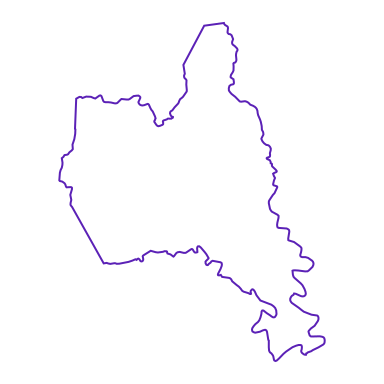 Humuya, Comayagua, Honduras, rotated 90°
{"feature_id": "27666195B63492556097189", "entity_name": "Humuya", "entity_type": "district", "adm_level": 2, "iso_a3": "HND", "parent_name": "Honduras", "parent_adm1": "Comayagua", "projection": "albers", "projection_center": [-87.701, 14.223], "detail": "fine", "context": "isolated", "style": "outline", "palette": "violet", "viewbox_px": 384, "rotation_deg": 90, "n_neighbors": 0, "source": "geoboundaries", "source_scale": "gbopen_adm2", "svg_char_len": 5982}
<svg xmlns="http://www.w3.org/2000/svg" viewBox="0 0 384 384"><g transform="rotate(90 192 192)"><path d="M263.4,280.3L262.9,277.3L263.5,275.7L263.9,273.7L263.2,269.6L263.3,268.5L263.8,267.3L263.7,264.7L261.9,255.5L260.6,251.6L259.3,248.6L259.9,247.4L258.9,246.6L258.6,245.6L259.3,244.6L261.1,243.5L261.4,242.8L261.4,242.1L260.9,241.3L259.9,240.8L258.9,240.8L256.3,241.3L255.7,241.0L255.1,240.2L250.8,233.3L252.2,228.3L252.5,226.1L251.8,221.0L251.2,219.5L251.3,217.4L251.6,217.0L252.6,216.9L253.5,216.5L254.4,213.5L256.6,210.6L256.3,210.1L253.1,207.7L252.3,206.5L251.9,204.3L252.9,200.2L252.9,198.7L252.6,197.9L249.3,193.0L249.0,192.2L249.1,191.8L249.6,191.2L251.5,190.1L252.4,189.3L252.6,188.3L252.3,186.9L252.1,186.6L251.8,186.6L248.4,186.9L247.2,186.7L246.3,186.0L246.3,184.7L247.6,183.1L252.2,179.2L254.3,177.6L258.1,175.4L258.6,175.6L261.1,178.1L261.7,178.5L263.4,178.4L264.8,177.6L265.1,176.8L265.0,176.1L263.9,175.2L262.7,173.5L261.4,172.6L260.8,171.4L262.3,163.4L263.0,162.4L264.3,162.1L265.9,162.3L268.8,163.4L273.7,165.9L274.7,166.1L275.2,165.9L275.4,164.9L274.9,163.2L276.9,161.9L277.9,154.9L278.3,153.9L279.3,152.8L281.3,151.8L285.0,147.4L286.7,145.1L288.7,143.3L290.8,141.8L291.7,140.3L293.1,135.7L294.0,134.0L294.0,133.3L293.8,133.0L291.5,133.4L290.8,133.2L289.5,132.1L289.3,131.5L289.5,130.9L290.1,130.2L291.5,129.2L295.3,127.5L300.5,123.6L304.7,112.6L306.3,110.4L308.0,108.8L310.4,107.8L313.9,107.5L314.8,107.7L316.2,108.5L317.0,109.1L317.3,109.8L317.3,110.9L316.5,112.4L315.3,113.9L313.1,117.3L310.7,120.3L310.4,121.1L310.6,121.9L311.5,122.4L313.9,122.6L317.3,123.5L320.3,124.7L322.0,126.0L324.2,128.7L326.2,130.4L328.2,131.7L329.5,132.0L330.8,131.8L331.5,131.5L332.2,130.3L332.7,128.8L331.7,124.0L330.4,121.2L329.9,119.5L329.9,118.4L330.5,117.6L331.8,117.0L339.9,115.7L340.5,115.2L347.3,115.2L350.7,114.9L352.3,114.1L353.4,112.6L355.4,111.1L356.4,110.7L359.9,110.0L360.6,109.5L361.0,108.4L360.5,107.2L358.5,105.0L353.8,100.5L351.5,97.8L347.2,91.5L345.7,87.9L345.0,85.4L345.0,83.5L345.3,82.6L346.2,82.2L347.3,82.1L349.3,82.3L350.9,82.8L351.8,82.7L353.0,81.9L354.1,80.5L354.6,79.6L354.8,78.1L353.5,77.8L353.3,77.1L352.5,76.4L351.2,72.8L350.1,71.2L347.4,65.6L344.5,60.7L343.5,59.8L342.2,59.4L340.0,59.3L338.3,59.7L337.3,60.5L336.7,62.0L336.3,64.2L336.5,72.3L336.4,73.2L335.5,74.3L332.5,75.3L331.4,75.5L330.7,75.1L328.5,73.1L325.8,69.4L321.1,66.2L319.6,65.6L318.2,65.5L317.2,65.6L316.0,66.2L315.5,66.9L314.7,72.5L311.7,80.2L309.9,82.6L307.8,85.2L302.9,92.2L301.9,93.0L300.6,93.7L298.9,93.8L297.3,93.2L295.9,92.2L294.8,90.5L293.5,89.9L293.8,88.2L296.1,83.1L296.4,81.7L296.3,80.3L295.7,79.2L294.9,78.5L293.8,78.2L291.8,78.5L289.0,79.5L285.3,81.5L283.5,83.1L277.9,89.5L276.7,90.5L274.7,91.1L270.7,91.5L270.4,90.8L270.3,89.2L270.5,85.8L271.4,78.9L271.3,76.4L270.4,75.1L266.9,71.5L264.8,70.6L263.2,70.5L261.8,71.0L260.7,71.9L257.9,75.9L257.1,78.6L257.1,81.9L256.8,82.8L256.4,83.4L255.1,83.8L252.4,83.0L250.4,82.6L248.6,82.5L247.7,82.7L246.5,83.8L242.0,90.0L240.5,95.0L240.1,95.7L238.6,95.8L231.7,94.7L230.2,94.9L229.4,95.6L228.5,97.3L227.9,105.3L227.4,106.4L226.2,106.8L224.7,106.9L222.5,106.6L217.9,105.5L215.9,105.4L214.8,106.4L211.7,112.1L210.5,113.1L208.9,114.0L203.1,115.2L201.2,115.1L199.7,114.3L194.9,111.1L193.2,109.5L187.4,106.8L186.7,106.8L186.3,107.1L185.3,110.3L184.9,110.7L184.2,110.9L180.4,110.0L178.0,109.0L176.0,110.1L173.7,110.9L173.1,110.1L172.1,107.8L171.6,107.3L171.0,107.3L169.7,108.3L166.4,111.8L165.5,112.1L164.1,112.0L163.6,112.4L163.3,113.3L161.8,113.4L160.2,114.2L159.0,116.9L158.5,117.3L158.1,117.3L157.7,116.9L157.1,115.0L156.5,114.1L155.0,113.9L153.1,114.1L150.3,113.3L148.6,113.2L147.0,113.9L145.7,115.0L145.2,115.9L144.9,117.7L143.3,119.9L141.4,121.5L139.3,122.5L138.5,122.6L134.6,120.6L133.0,120.7L131.8,121.0L129.8,122.1L126.1,122.3L121.8,123.2L119.4,124.0L115.3,125.8L113.3,126.3L110.7,126.6L108.7,127.4L107.7,128.2L106.8,129.2L105.7,131.1L104.7,133.7L102.7,135.6L101.7,137.3L101.2,139.0L101.7,142.9L101.4,144.3L96.8,148.8L93.9,152.5L91.9,154.2L90.5,155.1L88.2,155.2L86.0,154.6L84.8,153.1L84.2,150.6L83.3,150.1L82.1,150.1L79.3,150.5L77.4,153.3L76.6,153.4L74.9,153.0L72.3,151.3L70.5,150.5L66.6,150.4L63.5,150.6L62.9,150.1L62.5,148.8L61.6,148.1L60.6,147.7L59.5,147.6L55.5,148.0L53.8,147.9L51.7,147.4L50.6,146.6L49.6,146.5L48.5,146.9L46.1,149.2L44.8,151.0L43.9,151.7L43.1,151.9L42.0,151.9L39.1,150.9L35.3,152.4L34.3,153.6L34.0,155.3L33.1,156.2L32.2,156.5L28.1,156.0L27.0,156.2L26.4,156.6L25.0,158.9L23.7,160.0L23.0,160.1L25.7,179.8L64.9,200.6L73.8,199.2L75.4,199.9L76.9,199.9L78.1,199.4L79.4,198.0L80.3,197.5L84.6,197.7L90.1,197.2L91.5,197.3L96.8,201.0L97.9,202.2L99.2,203.9L101.0,204.8L102.8,205.4L103.7,206.0L107.3,209.4L110.4,211.7L111.2,213.1L112.1,213.8L113.4,214.0L115.3,213.3L116.5,212.4L116.9,211.1L117.6,211.1L118.7,212.8L118.6,216.1L119.4,217.2L120.5,220.5L121.0,221.0L121.7,221.1L122.9,220.8L124.2,220.9L124.8,221.5L125.9,224.2L126.2,225.7L125.8,226.7L124.8,227.7L121.8,229.7L120.9,229.6L119.8,228.9L119.2,228.9L118.4,228.4L116.4,229.0L111.4,231.3L109.9,232.6L108.1,233.6L104.7,235.1L104.1,235.7L103.9,236.4L105.2,239.9L105.5,241.8L105.1,243.3L104.5,244.3L103.3,245.2L102.1,245.6L98.2,243.8L97.2,243.7L96.5,244.2L95.6,245.5L95.7,247.3L96.1,250.4L99.0,254.3L99.5,255.4L99.5,257.6L99.0,262.5L99.5,263.2L102.9,266.6L103.2,267.3L103.4,268.3L103.3,269.6L102.5,273.0L102.2,275.6L102.2,278.5L101.9,279.9L101.0,280.7L96.2,282.5L95.7,283.0L95.4,283.6L95.6,284.6L98.5,288.7L98.1,290.2L96.8,293.1L96.6,297.8L98.0,301.6L97.0,302.9L96.9,304.6L98.7,307.8L128.9,309.0L129.3,308.6L133.9,308.8L139.2,309.7L144.6,311.5L149.1,311.2L150.3,312.1L152.4,314.7L154.2,315.9L154.7,316.9L155.1,319.5L156.9,320.6L158.2,322.2L162.6,321.5L164.9,321.6L167.7,322.2L170.1,323.4L172.7,324.1L180.3,324.7L181.0,324.2L181.6,321.7L183.2,319.5L184.4,318.7L186.6,318.0L187.3,317.4L187.1,313.3L187.3,312.5L187.7,312.1L189.0,312.0L194.9,313.7L199.9,312.7L202.9,313.4L204.6,313.5L205.3,313.3L207.0,311.9L263.4,280.3Z" fill="none" stroke="#5b21b6" stroke-width="2"/></g></svg>